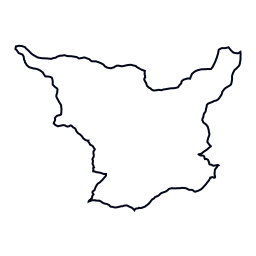 Gangzur, Lhuntshi, Bhutan
{"feature_id": "84629894B27978509932961", "entity_name": "Gangzur", "entity_type": "district", "adm_level": 2, "iso_a3": "BTN", "parent_name": "Bhutan", "parent_adm1": "Lhuntshi", "projection": "mercator", "projection_center": [91.081, 27.722], "detail": "fine", "context": "isolated", "style": "outline", "palette": "ink", "viewbox_px": 256, "rotation_deg": 0, "n_neighbors": 0, "source": "geoboundaries", "source_scale": "gbopen_adm2", "svg_char_len": 5740}
<svg xmlns="http://www.w3.org/2000/svg" viewBox="0 0 256 256"><path d="M240.4,51.9L238.2,53.3L236.3,53.2L233.5,52.7L231.0,50.4L229.3,48.3L228.5,47.3L227.4,47.6L225.2,48.1L221.8,48.1L219.3,49.3L218.7,49.9L218.1,53.4L216.6,58.1L215.1,62.0L212.6,67.0L210.9,69.1L207.5,69.0L205.6,69.2L201.3,69.3L197.4,70.3L194.7,71.6L192.1,73.7L190.9,76.3L190.1,78.7L187.8,78.4L183.5,79.7L181.6,81.3L181.2,83.4L179.4,85.3L178.0,87.3L174.9,88.1L170.2,88.4L166.2,89.1L165.6,89.2L164.1,89.4L163.1,89.6L161.6,90.2L158.5,89.8L157.5,90.1L155.3,90.4L154.3,90.5L152.7,90.2L151.5,89.5L150.6,88.5L148.9,87.6L148.7,87.5L147.2,86.0L146.7,85.1L146.1,82.8L145.3,81.9L144.6,80.3L144.3,79.9L144.2,79.0L144.8,78.0L144.8,77.6L145.2,77.3L145.1,76.6L145.0,75.4L144.6,74.5L144.6,74.1L144.7,73.0L144.6,72.0L144.9,70.9L141.7,69.8L139.9,68.8L136.8,67.0L135.6,65.9L133.5,65.5L131.1,64.8L129.0,64.9L126.5,65.3L123.7,66.0L121.7,66.3L118.7,65.7L116.9,65.7L115.1,66.5L114.0,67.3L111.9,67.9L111.0,68.3L109.3,68.0L107.2,67.6L105.0,66.4L103.5,64.6L101.4,63.4L98.3,62.1L95.6,61.3L91.9,61.3L90.8,60.7L89.3,59.2L87.0,58.4L84.4,57.4L82.3,57.9L79.0,58.5L76.8,57.1L73.9,56.6L70.9,56.2L67.4,56.1L64.6,55.2L61.5,55.7L60.1,55.7L57.1,56.7L55.7,57.7L53.2,58.1L51.3,58.9L47.8,58.5L41.7,58.2L37.8,57.5L33.5,55.1L31.4,53.6L28.7,50.8L26.0,48.4L24.8,47.0L21.6,46.0L18.6,45.8L16.8,46.3L15.9,46.4L15.4,49.1L16.6,50.0L17.5,51.4L18.8,53.2L20.1,53.6L22.5,54.6L23.6,56.5L24.0,58.8L24.0,59.6L24.8,60.9L24.9,62.1L27.0,65.4L29.2,67.2L33.3,68.4L36.1,68.8L37.8,69.3L40.0,70.4L42.6,72.2L43.8,74.2L45.3,76.4L47.7,76.5L49.8,76.8L51.8,77.6L52.4,79.4L52.7,81.0L52.8,82.3L52.6,83.6L52.8,84.7L54.5,86.5L55.4,87.3L56.7,88.1L57.3,88.8L57.5,89.8L57.3,91.0L57.2,92.5L56.8,93.9L56.4,95.1L56.3,96.3L56.6,97.3L57.5,99.0L58.2,100.1L58.9,101.6L61.0,105.0L61.2,106.2L61.2,107.4L61.4,108.3L61.5,109.4L61.4,110.5L61.4,111.4L61.1,114.4L59.5,115.2L57.3,115.6L56.0,116.7L54.9,118.0L55.1,119.8L54.9,120.6L54.0,122.5L53.7,123.3L54.6,124.3L55.5,125.1L57.3,126.0L57.8,126.3L63.1,125.1L65.0,125.4L66.4,126.3L67.8,126.6L69.4,126.1L70.3,125.5L71.4,125.6L73.2,127.4L74.7,128.1L75.8,129.5L76.1,130.7L77.1,132.2L78.3,133.4L80.0,134.4L81.5,135.8L82.3,136.7L82.7,137.6L83.5,138.6L84.4,139.1L85.2,139.9L86.8,140.5L88.1,140.6L88.4,140.6L88.2,141.6L88.9,142.4L89.8,144.0L90.0,144.6L92.6,145.9L93.2,146.8L93.9,148.1L94.5,148.7L94.8,149.4L94.2,150.5L93.5,151.3L93.4,153.1L93.7,154.6L93.8,155.5L93.6,157.0L93.2,157.4L92.7,158.6L92.4,159.2L92.5,159.7L92.9,160.4L92.9,161.3L92.8,162.4L92.5,163.9L93.4,165.3L93.4,165.8L93.6,166.8L94.0,167.5L93.2,168.1L93.2,168.7L93.4,169.8L93.2,170.3L93.2,171.3L93.9,171.3L96.9,172.3L98.5,172.4L101.2,173.0L103.7,174.0L106.0,174.0L106.0,175.6L102.7,179.6L99.7,182.5L97.8,183.6L96.7,185.1L95.9,186.6L95.4,187.6L94.8,189.2L94.5,190.1L93.8,190.7L92.7,191.4L92.4,192.3L92.8,193.3L93.5,194.4L92.3,195.9L92.1,197.0L92.1,197.9L89.6,200.2L88.8,201.0L88.7,201.5L89.5,201.1L90.8,200.9L91.7,200.2L92.6,200.2L93.3,200.3L94.9,200.2L96.0,200.6L97.0,200.6L97.8,200.7L99.4,200.7L99.9,200.9L101.1,201.6L102.9,202.8L103.4,203.2L105.3,203.7L106.9,204.0L109.0,205.0L109.6,205.6L110.2,206.3L111.1,206.8L112.2,206.8L113.6,207.2L115.2,207.5L116.5,207.4L118.8,206.9L121.1,206.3L122.7,206.2L124.1,205.6L126.8,205.4L127.6,205.7L128.1,206.0L129.8,206.9L131.6,207.6L132.4,208.1L133.3,209.0L133.6,209.3L134.4,210.2L134.6,209.7L135.1,209.2L135.6,208.8L136.0,208.6L136.5,208.5L137.7,208.4L138.6,208.1L138.9,207.8L139.1,207.9L140.3,208.1L142.1,207.8L142.8,207.4L144.2,206.9L145.3,206.5L145.6,206.2L145.8,205.9L146.5,205.4L147.1,205.1L147.4,204.9L148.0,204.3L148.1,204.1L148.8,203.7L152.3,199.3L153.6,198.7L154.2,198.2L154.9,197.2L156.4,196.5L158.1,195.8L159.4,194.8L160.7,193.5L161.8,192.9L162.6,192.6L165.6,191.6L167.3,190.5L168.9,189.0L169.7,188.7L171.6,188.2L172.9,188.3L175.9,188.4L177.0,188.2L178.3,188.2L180.2,188.2L181.7,187.9L182.6,187.9L184.2,188.0L186.2,188.3L187.7,189.1L189.3,189.9L192.0,189.9L193.4,190.6L194.5,191.6L195.4,191.7L196.8,191.2L197.8,190.9L199.4,190.2L201.2,189.2L202.6,187.9L205.9,184.3L207.0,182.7L209.0,180.4L209.4,179.7L209.8,178.8L210.3,177.6L211.2,177.6L211.9,177.1L212.7,177.1L214.0,177.7L214.9,177.5L215.1,177.0L215.0,176.0L214.6,175.1L214.6,172.4L214.9,170.5L214.8,170.3L214.9,169.6L217.4,166.4L217.8,165.7L218.5,165.3L218.2,165.1L217.1,165.0L216.4,165.3L213.3,165.7L212.3,165.4L212.0,165.1L211.7,164.8L211.1,164.7L210.1,164.6L209.6,164.3L209.2,163.9L209.2,162.8L209.1,162.1L208.6,161.6L208.4,160.7L207.9,159.7L207.3,159.4L206.6,159.1L205.9,159.0L205.0,159.1L204.5,158.3L204.4,157.1L204.1,156.5L203.8,156.0L203.6,155.8L202.9,155.6L202.0,155.6L201.0,155.6L200.0,155.2L199.0,154.7L198.7,154.4L199.1,154.1L200.0,154.1L200.9,153.8L202.0,153.2L203.5,151.9L207.1,149.5L209.2,147.6L210.1,146.8L210.8,146.4L210.9,146.2L209.3,144.7L208.7,143.8L207.9,142.8L207.4,142.1L207.4,141.7L207.5,140.9L207.6,140.2L208.0,138.9L208.2,137.9L208.5,137.3L208.7,136.5L209.2,135.5L209.4,133.8L208.9,131.9L208.7,130.3L208.6,129.5L208.3,128.8L207.8,126.8L207.2,126.0L206.6,125.1L205.1,123.7L204.3,123.3L203.2,122.2L203.0,121.6L202.7,120.9L202.3,120.3L202.4,119.1L202.6,118.5L203.1,117.6L203.2,117.3L203.6,115.3L203.8,114.1L204.2,113.3L205.0,112.4L205.6,111.3L205.8,110.3L206.1,108.4L206.5,107.4L206.7,106.3L206.9,104.8L207.5,104.2L208.3,103.5L212.2,102.0L213.9,101.1L215.1,100.8L216.5,100.4L217.8,99.6L218.5,99.0L219.2,98.1L220.0,97.0L221.2,95.2L221.8,94.0L222.1,92.8L222.4,91.7L223.1,90.7L224.5,88.9L225.7,87.9L226.6,87.4L227.7,86.7L228.8,86.1L229.7,85.6L231.0,84.4L231.3,83.4L231.6,82.3L232.0,79.8L232.1,78.6L232.1,77.5L232.0,76.3L232.3,75.1L232.7,73.9L233.1,72.7L233.8,71.5L234.3,70.3L235.1,69.6L236.2,68.7L237.0,67.9L239.2,65.6L239.7,64.2L240.5,59.5L240.5,57.6L240.6,55.6L240.6,53.5L240.4,51.9Z" fill="none" stroke="#020617" stroke-width="2"/></svg>